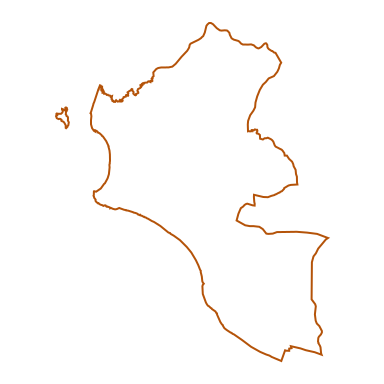 outline of Mempawah, Kalimantan Barat, Indonesia
{"feature_id": "22746128B13218426778114", "entity_name": "Mempawah", "entity_type": "district", "adm_level": 2, "iso_a3": "IDN", "parent_name": "Indonesia", "parent_adm1": "Kalimantan Barat", "projection": "albers", "projection_center": [109.004, 0.347], "detail": "fine", "context": "isolated", "style": "outline", "palette": "amber", "viewbox_px": 384, "rotation_deg": 0, "n_neighbors": 0, "source": "geoboundaries", "source_scale": "gbopen_adm2", "svg_char_len": 5870}
<svg xmlns="http://www.w3.org/2000/svg" viewBox="0 0 384 384"><path d="M100.0,85.3L98.4,89.3L98.7,89.4L98.7,89.6L98.0,90.5L94.3,101.8L93.4,103.9L93.3,104.6L91.0,112.1L90.5,113.2L91.0,113.6L91.4,116.2L91.0,120.1L91.0,124.3L92.1,128.2L93.9,130.8L94.9,131.4L94.7,130.7L94.1,130.4L94.3,130.1L94.9,130.1L97.0,131.2L98.1,132.4L97.7,132.3L97.8,132.5L99.5,133.2L101.7,135.2L102.1,136.0L102.9,136.4L106.2,141.1L108.6,146.2L108.4,146.4L109.5,150.6L109.9,154.4L110.0,160.8L109.7,163.2L109.8,163.5L109.4,164.8L109.6,167.4L108.9,174.2L107.6,178.3L106.7,180.0L104.9,183.3L104.1,183.9L100.8,188.5L96.1,191.7L94.1,191.2L93.9,191.5L93.8,195.0L93.5,195.8L93.9,196.3L94.2,197.8L95.6,199.6L95.5,200.8L96.0,201.6L97.9,203.3L98.5,203.1L99.4,204.1L100.9,204.8L102.6,205.3L103.3,205.9L105.0,205.3L105.7,205.5L106.2,206.4L107.0,206.8L107.3,206.5L109.2,207.2L110.5,207.8L110.4,208.2L111.1,208.0L112.8,208.8L115.1,209.4L116.7,209.1L119.2,208.0L124.2,209.8L126.1,210.1L126.2,210.4L128.0,210.6L133.1,212.2L133.4,212.5L135.6,213.0L137.3,213.7L138.2,214.6L138.6,214.5L139.3,215.0L140.1,214.8L140.2,215.2L140.6,215.2L141.0,215.6L142.2,215.9L143.8,216.9L144.3,216.8L144.8,217.3L145.8,217.5L147.1,218.4L148.0,218.7L151.8,221.0L153.9,221.9L160.4,226.0L168.5,232.6L170.0,233.0L170.5,233.8L173.8,235.7L179.9,240.1L186.9,247.1L191.3,252.5L195.9,260.2L198.3,265.2L200.1,269.8L200.8,270.8L200.7,272.0L201.8,276.4L202.3,281.2L202.8,282.5L203.8,283.7L202.8,284.9L202.4,286.2L202.8,294.0L205.9,302.5L206.9,304.3L207.9,305.7L208.9,306.2L210.8,308.0L211.5,308.3L211.9,309.0L215.5,311.5L216.2,312.9L217.0,313.4L216.9,314.0L217.2,314.9L220.4,322.1L222.0,324.5L222.9,325.2L223.0,325.9L224.4,328.2L226.7,330.0L230.8,332.7L231.5,332.8L232.5,333.8L233.8,334.3L241.9,339.9L251.1,346.8L260.2,351.9L266.2,354.5L269.5,355.6L271.8,357.0L281.3,361.0L285.1,350.3L286.2,350.7L289.2,350.8L289.2,348.6L291.5,348.2L290.9,346.2L300.5,348.4L305.8,350.2L314.7,352.2L321.6,354.7L321.1,353.4L320.5,347.2L319.9,345.7L318.3,343.0L318.5,342.6L318.0,341.5L318.3,338.0L318.9,336.7L320.9,334.5L321.9,332.5L321.9,331.0L319.3,326.0L316.8,323.5L315.7,320.7L314.9,314.4L315.8,306.3L315.2,304.2L311.6,299.4L311.9,262.2L313.5,256.4L315.9,253.3L318.2,248.6L325.8,239.5L328.0,238.0L317.1,233.9L307.0,232.6L296.7,231.8L276.9,232.1L272.8,233.6L268.3,233.9L266.3,233.6L262.8,229.1L259.3,226.8L253.2,226.1L249.7,226.1L245.2,225.3L236.6,220.5L238.4,213.8L240.8,208.2L243.2,206.5L244.6,204.9L246.3,203.9L247.4,203.7L252.5,205.3L254.6,205.6L254.7,203.8L254.3,202.1L253.9,197.0L254.0,194.8L263.3,197.0L267.9,197.2L271.3,195.9L274.6,195.0L275.3,194.4L276.0,194.3L278.7,192.8L279.6,192.6L280.4,191.8L281.9,191.2L284.0,189.0L284.2,188.1L288.5,185.5L290.9,184.9L297.4,184.5L297.0,182.2L296.9,176.7L296.0,174.0L295.6,169.8L293.7,166.3L293.2,164.1L292.1,161.7L289.0,158.8L286.9,155.6L284.7,155.6L284.3,153.1L282.7,150.8L281.8,149.8L275.6,146.6L274.7,145.3L273.3,141.6L272.2,140.2L270.9,139.2L267.8,137.7L266.5,138.2L264.5,138.3L262.9,139.5L260.1,138.7L259.9,135.0L258.4,133.7L257.1,133.6L256.7,133.3L256.6,132.7L257.4,130.9L257.1,129.8L256.1,129.8L254.9,129.4L253.8,130.3L252.8,130.1L252.6,130.7L252.2,130.2L251.6,130.1L251.1,131.3L249.9,131.4L248.8,131.1L248.0,131.3L247.8,124.5L248.1,120.9L250.2,115.2L253.4,110.7L255.1,107.3L255.5,102.5L257.2,96.4L259.8,89.9L262.9,84.7L265.8,82.0L268.7,78.4L273.9,76.1L277.3,71.8L278.9,68.4L279.9,64.8L281.2,62.7L275.5,52.8L274.2,52.6L272.3,51.0L271.7,51.0L268.8,49.1L267.8,47.9L267.4,46.9L267.3,45.0L266.3,43.4L265.5,43.3L264.3,43.8L261.3,47.0L258.7,48.4L257.6,48.2L255.9,47.3L253.8,45.3L251.1,44.4L248.2,44.6L242.8,44.5L241.1,43.6L239.3,41.6L238.2,40.9L233.7,39.6L231.6,38.3L229.8,34.7L229.4,32.9L228.1,31.4L227.0,30.5L224.7,30.3L221.5,30.6L219.8,30.3L216.8,28.2L213.0,24.2L210.9,23.0L209.1,23.0L207.4,24.5L206.4,25.9L204.8,32.5L203.2,36.1L201.6,37.4L201.2,38.0L198.5,39.8L190.5,43.7L189.6,45.1L189.3,47.0L188.8,48.2L187.2,50.8L181.6,56.7L175.7,63.8L172.4,66.6L168.6,67.4L161.0,67.5L158.2,68.0L156.3,69.0L153.3,72.4L153.6,76.2L152.3,77.4L152.6,78.1L151.8,78.7L152.3,79.2L152.0,80.2L152.4,80.9L152.0,81.3L151.3,81.4L150.6,80.8L150.3,81.0L150.3,82.0L148.8,81.3L148.3,81.3L147.3,82.5L144.8,82.7L144.0,83.6L143.2,83.0L142.0,83.8L142.6,85.0L142.2,85.6L141.6,85.6L141.1,84.9L140.4,85.1L140.5,86.0L140.9,86.3L141.1,87.1L140.2,88.0L138.0,89.1L137.4,90.8L138.2,92.0L138.3,92.9L137.6,93.4L136.1,93.9L136.0,95.0L135.6,95.3L134.7,95.0L133.3,93.6L133.6,92.1L132.4,90.5L132.3,89.2L131.8,89.0L131.2,89.5L131.1,90.4L129.7,90.8L127.6,92.3L128.3,93.3L127.9,94.6L128.2,95.5L128.0,95.8L127.5,95.7L126.9,94.9L126.3,94.9L126.0,95.2L125.8,96.6L123.7,97.1L123.7,97.6L121.8,99.7L122.0,100.2L122.6,100.6L122.4,101.2L122.0,101.4L121.7,101.0L121.0,101.5L120.5,101.5L120.6,100.1L120.0,99.8L119.6,100.3L119.4,101.3L117.6,101.6L116.1,100.2L115.4,101.0L115.2,101.9L113.9,101.9L113.4,101.0L112.9,101.2L112.5,101.1L112.2,100.4L112.2,99.4L111.9,98.9L111.5,98.8L112.0,96.1L110.6,96.7L110.4,96.0L109.9,95.5L108.4,95.4L107.8,94.7L106.7,94.9L106.1,94.1L105.0,93.5L104.2,93.8L104.0,92.9L102.5,92.8L102.6,92.0L103.5,91.8L103.5,91.6L102.3,91.4L102.1,90.6L101.4,90.5L101.3,90.2L101.3,89.9L101.8,89.6L103.1,90.1L102.7,89.3L101.6,89.2L102.1,88.4L102.1,86.6L101.3,86.4L100.8,86.9L100.7,87.7L100.3,87.7L99.7,87.2L99.7,86.9L100.7,86.2L100.7,85.6L100.0,85.3ZM66.7,110.4L67.2,109.8L67.2,109.3L66.8,108.7L66.9,108.1L66.2,107.5L65.6,107.5L65.3,107.8L65.8,109.6L65.7,110.1L65.1,110.5L64.1,109.7L62.0,108.9L62.0,109.7L62.8,110.3L62.8,111.4L62.3,112.6L61.0,113.8L58.5,113.8L56.7,113.5L56.4,113.8L56.4,114.3L57.4,114.9L57.3,115.3L56.4,115.5L56.0,116.1L56.8,118.2L58.6,119.1L59.7,118.8L60.5,119.0L61.5,119.8L61.3,120.7L61.5,121.0L63.0,121.5L64.1,122.4L65.7,125.3L65.7,127.9L66.1,128.2L67.3,127.0L67.2,126.6L68.3,125.3L68.8,122.3L67.9,120.6L68.0,117.7L67.6,116.6L66.6,116.1L66.4,115.1L65.8,114.5L66.0,111.9L66.6,111.2L66.7,110.4Z" fill="none" stroke="#b45309" stroke-width="2"/></svg>